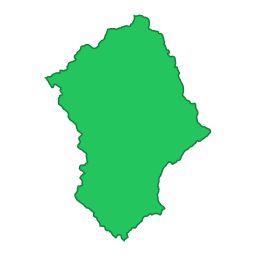 Sihuas, Áncash, Peru (Robinson projection)
{"feature_id": "86281439B22456830614745", "entity_name": "Sihuas", "entity_type": "district", "adm_level": 2, "iso_a3": "PER", "parent_name": "Peru", "parent_adm1": "Áncash", "projection": "robinson", "projection_center": [-77.577, -8.497], "detail": "fine", "context": "isolated", "style": "filled", "palette": "green", "viewbox_px": 256, "rotation_deg": 0, "n_neighbors": 0, "source": "geoboundaries", "source_scale": "gbopen_adm2", "svg_char_len": 5723}
<svg xmlns="http://www.w3.org/2000/svg" viewBox="0 0 256 256"><path d="M75.4,196.9L77.1,199.9L78.0,200.7L78.6,200.9L79.7,202.1L81.3,202.9L83.0,204.2L84.2,205.3L84.9,206.3L86.7,207.9L88.5,208.1L89.2,208.5L91.7,210.9L94.1,212.7L93.8,213.7L93.6,215.2L93.7,216.1L94.6,216.8L95.8,217.1L97.1,217.9L96.9,218.9L97.0,219.4L98.7,221.8L99.3,222.3L100.1,224.7L100.1,225.9L101.2,225.9L102.5,226.4L104.1,226.2L104.7,226.8L105.3,227.7L105.1,228.4L105.4,229.4L106.5,230.4L107.2,230.6L108.4,230.4L109.4,231.0L109.9,231.7L110.7,231.8L111.1,232.0L112.1,234.2L113.2,235.6L114.4,236.4L115.6,237.7L115.9,237.8L116.1,237.5L116.6,236.9L116.9,236.1L117.8,235.3L119.1,234.8L120.8,235.2L121.2,235.9L121.4,237.7L121.9,238.6L122.2,239.1L123.4,239.9L124.1,240.6L124.4,239.7L124.8,239.2L125.8,238.9L126.7,238.0L127.9,237.2L127.6,235.8L126.6,233.6L126.7,233.3L128.6,232.1L129.1,231.2L131.1,229.7L132.0,228.0L133.4,227.8L134.6,228.0L135.7,227.7L137.6,224.6L138.0,224.2L138.8,223.9L139.5,223.3L139.8,222.6L140.5,222.2L142.1,220.7L142.8,218.1L143.5,217.1L144.6,216.5L147.6,215.9L149.1,214.5L150.6,213.7L151.6,214.8L152.0,214.9L153.3,213.9L157.0,213.4L158.7,214.1L159.7,214.7L160.3,214.8L160.7,214.4L161.5,212.6L161.8,210.6L163.2,209.3L164.7,208.6L164.4,207.9L163.5,206.8L161.9,205.8L160.7,204.7L158.7,201.9L158.2,200.9L157.4,194.6L157.6,194.0L158.6,191.8L158.7,191.4L158.5,190.6L159.0,189.4L158.6,188.4L158.5,187.1L158.0,186.4L157.7,185.4L159.0,181.3L158.8,178.7L159.6,176.6L160.7,175.7L160.9,174.5L161.4,173.9L161.7,172.9L161.6,172.1L162.4,171.0L162.9,169.2L163.2,168.5L164.0,167.4L166.0,165.5L167.3,163.4L168.6,162.2L169.6,161.9L170.4,162.0L171.7,163.0L172.1,164.1L172.7,164.2L174.0,163.2L174.9,163.0L176.6,161.8L177.1,160.7L177.5,160.4L178.4,160.4L179.9,159.9L180.7,158.7L180.9,157.7L181.6,155.8L182.2,155.1L183.6,152.6L185.5,150.3L187.6,149.4L188.5,148.3L189.4,147.8L189.9,147.0L190.8,146.6L191.7,146.6L192.1,146.3L193.4,144.8L195.7,143.0L196.1,142.4L196.1,141.5L196.6,141.0L197.3,140.8L198.5,141.2L199.8,141.2L200.5,140.8L201.8,139.7L204.9,137.6L205.7,136.8L207.1,136.1L207.7,135.6L208.7,133.9L210.0,132.9L210.3,132.3L210.2,131.7L210.3,130.5L209.5,129.4L206.1,127.9L205.0,127.1L202.6,126.7L201.9,126.3L200.8,125.4L199.9,124.2L198.0,122.6L197.4,121.8L197.2,121.1L197.1,119.5L196.5,117.2L196.9,115.6L197.8,113.8L197.7,111.9L197.5,111.2L195.9,108.5L195.6,106.6L195.6,104.9L195.3,104.0L194.7,103.4L192.7,103.7L191.0,103.5L190.4,103.2L189.8,101.9L189.0,101.1L188.6,100.8L186.9,100.2L186.1,99.7L185.7,99.3L184.9,97.8L183.1,96.1L182.6,95.2L182.6,94.6L183.2,92.4L183.5,90.6L183.1,86.6L182.5,84.8L181.8,83.3L181.1,82.4L180.2,79.9L179.2,78.5L178.8,77.7L178.4,75.3L178.9,74.1L179.4,73.3L179.5,72.8L178.8,72.0L178.2,70.4L177.5,69.7L177.4,68.0L177.1,67.3L176.7,67.1L175.1,67.4L174.8,66.9L174.9,66.1L175.3,65.1L175.5,64.1L175.6,62.8L175.1,59.8L175.0,58.5L174.7,57.6L173.9,56.7L173.1,56.4L172.0,56.4L170.5,56.9L169.7,56.4L167.7,54.3L167.6,53.6L167.8,53.2L168.8,53.3L169.3,52.8L169.4,52.1L169.3,51.3L168.1,50.0L167.2,50.1L166.7,49.8L166.2,48.9L165.6,46.8L164.7,44.9L164.1,44.4L164.5,41.8L164.0,40.8L162.7,35.5L161.7,34.2L160.9,33.6L159.7,33.6L159.1,33.5L158.5,32.9L158.1,31.8L157.7,31.5L157.2,31.3L155.7,31.5L154.1,30.7L152.7,30.6L151.6,30.3L150.8,29.7L149.1,28.9L148.9,28.6L148.5,28.0L148.5,27.6L148.7,26.6L149.1,25.6L149.2,24.2L149.3,22.5L149.1,21.1L148.7,19.8L147.8,18.5L146.1,17.5L145.3,17.3L143.9,17.3L143.3,17.0L142.2,15.9L140.8,15.5L139.3,15.4L137.7,15.9L135.7,16.2L135.1,16.1L134.3,15.7L134.5,18.7L134.1,20.2L132.9,22.5L132.6,23.5L132.0,23.9L131.3,24.0L130.7,24.7L130.7,25.4L130.4,25.8L129.3,26.3L128.2,26.5L126.6,25.8L126.0,25.8L124.2,26.6L123.2,26.7L122.6,27.2L121.8,27.1L121.7,27.7L121.3,27.9L118.7,28.2L116.7,29.3L115.5,29.2L114.5,28.7L112.0,28.9L110.8,28.6L109.5,29.1L108.0,29.3L107.6,29.8L106.1,34.6L105.3,35.3L105.2,36.2L104.8,37.3L104.8,37.9L104.0,39.3L103.3,40.0L103.0,40.2L101.8,40.5L100.5,41.7L99.0,43.4L98.6,44.5L98.6,46.3L97.6,46.5L96.7,47.6L96.1,48.0L94.2,48.4L93.0,48.2L89.6,45.5L88.0,44.6L87.6,44.7L86.1,44.6L85.4,45.2L84.4,45.6L83.6,46.1L82.1,46.1L81.1,46.9L80.2,49.9L78.3,51.8L77.8,51.8L77.3,52.3L76.8,53.9L75.0,55.4L74.5,56.2L74.4,57.6L75.6,58.8L75.9,59.4L75.9,59.8L74.3,60.9L73.5,61.1L72.7,61.6L69.7,62.5L69.2,62.8L68.8,63.5L68.6,63.6L67.9,65.9L67.0,66.8L67.5,68.6L67.0,69.4L66.5,69.9L65.8,70.2L64.7,70.2L64.3,70.7L63.2,70.9L62.9,70.9L61.9,70.4L60.8,70.3L60.4,70.4L60.0,70.9L59.9,72.9L56.3,73.0L55.6,73.2L52.8,74.5L51.8,75.4L51.3,76.3L51.1,76.5L48.9,76.8L48.1,76.7L46.4,77.8L45.7,77.9L46.8,79.0L47.1,79.8L48.3,81.2L48.8,82.6L50.5,85.1L51.3,86.7L52.0,87.5L52.8,87.6L53.2,87.3L54.0,85.1L55.1,84.2L56.0,84.5L56.8,85.3L57.8,85.7L58.4,86.5L60.8,87.5L60.8,88.8L60.2,90.6L61.0,92.0L62.2,93.1L62.3,94.1L61.9,94.9L59.8,95.6L59.8,97.1L58.5,98.2L58.7,104.0L59.1,104.2L61.9,106.4L63.6,109.1L64.6,109.4L65.5,110.4L67.5,112.0L68.0,112.8L68.6,114.8L68.2,117.0L69.0,118.0L69.7,119.5L73.6,122.3L74.7,123.6L76.3,124.8L76.3,125.7L76.6,126.6L76.6,127.9L77.2,129.0L77.6,130.4L79.2,131.9L81.7,133.5L82.1,134.0L82.2,134.3L81.8,135.0L79.4,137.2L79.0,137.9L78.7,138.9L79.4,139.7L80.0,141.1L80.2,142.1L80.1,142.6L79.6,143.3L78.5,144.4L78.0,145.2L77.9,146.7L78.0,147.3L78.8,147.9L80.4,149.2L81.7,149.6L83.8,151.6L85.3,152.5L86.6,153.8L86.7,154.2L86.2,156.0L86.8,158.2L87.0,160.6L87.6,162.3L86.5,163.2L85.6,163.6L84.8,165.1L84.3,165.2L81.8,165.1L80.8,165.3L80.3,165.7L79.8,166.6L79.7,167.9L79.4,168.5L79.7,169.1L80.5,169.9L83.4,171.6L84.2,172.7L84.9,173.5L84.5,173.9L83.0,174.1L82.1,175.4L81.3,175.8L81.1,176.4L80.0,177.8L80.3,178.6L81.5,179.5L82.4,181.6L82.1,183.3L82.6,184.4L82.1,185.4L81.9,185.5L81.3,185.4L80.4,186.3L78.6,186.0L78.1,186.3L77.6,188.3L77.4,191.1L76.6,192.5L75.1,194.1L75.0,195.3L75.4,196.9Z" fill="#22c55e" stroke="#15803d" stroke-width="1.5"/></svg>